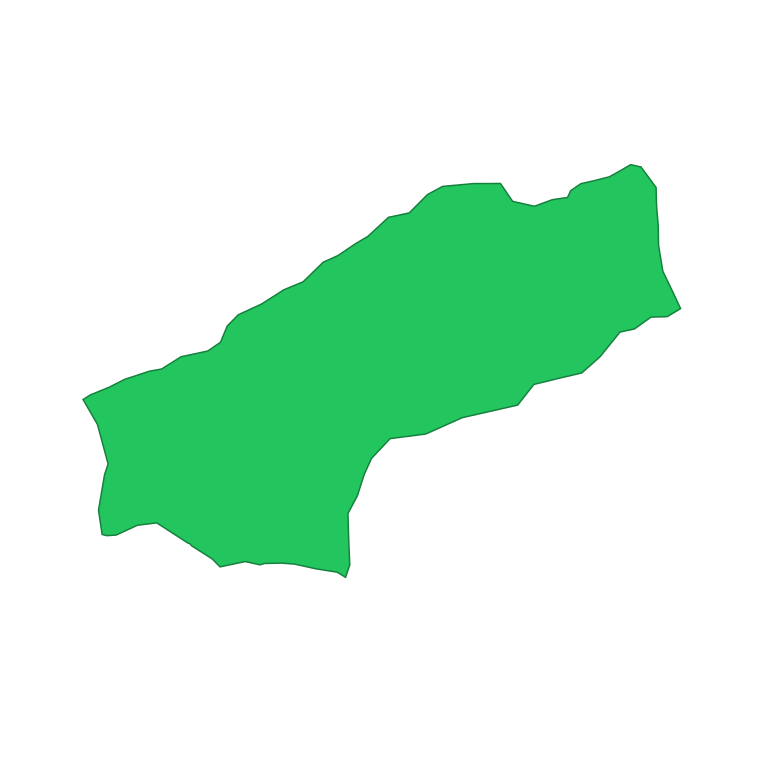 Tremetousia, Cyprus (Albers equal-area conic projection), rotated 258°
{"feature_id": "46923920B22613060517459", "entity_name": "Tremetousia", "entity_type": "district", "adm_level": 2, "iso_a3": "CYP", "parent_name": "Cyprus", "parent_adm1": "", "projection": "albers", "projection_center": [33.606, 35.083], "detail": "fine", "context": "isolated", "style": "filled", "palette": "green", "viewbox_px": 768, "rotation_deg": 258, "n_neighbors": 0, "source": "geoboundaries", "source_scale": "gbopen_adm2", "svg_char_len": 1218}
<svg xmlns="http://www.w3.org/2000/svg" viewBox="0 0 768 768"><g transform="rotate(258 384 384)"><path d="M202.9,306.2L214.1,312.9L236.7,316.7L264.8,321.8L280.3,334.8L299.6,345.8L313.8,356.3L329.3,378.6L326.4,414.4L334.8,453.6L335.6,510.4L352.4,530.5L353.2,555.5L353.7,579.8L365.8,601.1L385.7,625.6L385.8,640.6L387.1,643.5L393.9,659.0L391.0,675.1L396.1,689.8L416.3,685.1L436.3,680.2L462.6,681.4L481.4,685.1L501.3,687.6L519.7,691.0L522.5,689.7L531.4,685.7L542.1,680.8L542.8,680.6L547.3,670.9L543.7,660.1L539.8,647.4L539.2,631.3L539.0,618.1L534.3,606.8L528.3,602.3L529.3,587.1L526.6,568.0L535.9,547.8L555.9,539.6L561.4,513.5L565.1,482.4L560.3,466.0L546.1,444.2L546.1,423.0L531.8,399.0L527.2,385.4L519.2,365.6L515.8,349.9L500.8,326.1L497.0,305.6L487.6,280.5L482.1,256.0L473.4,242.8L458.8,232.7L452.9,218.4L452.9,191.2L444.9,169.5L445.3,157.0L442.5,131.5L438.0,114.5L434.5,94.9L431.4,86.4L404.0,95.3L363.2,97.5L353.4,91.8L319.9,78.5L295.4,77.0L293.3,81.3L291.9,90.5L297.1,113.4L295.4,132.8L273.2,155.1L269.1,159.2L268.2,160.9L265.8,162.1L248.6,179.6L239.2,185.6L239.2,211.3L232.9,225.1L233.3,229.8L230.2,246.2L226.4,259.1L217.1,279.6L209.7,299.0L202.9,306.2Z" fill="#22c55e" stroke="#15803d" stroke-width="1.5"/></g></svg>